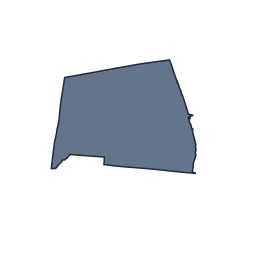 the district of Quilmes, Buenos Aires, Argentina, rotated 38°
{"feature_id": "61730980B6528535412911", "entity_name": "Quilmes", "entity_type": "district", "adm_level": 2, "iso_a3": "ARG", "parent_name": "Argentina", "parent_adm1": "Buenos Aires", "projection": "albers", "projection_center": [-58.244, -34.74], "detail": "fine", "context": "isolated", "style": "filled", "palette": "slate", "viewbox_px": 256, "rotation_deg": 38, "n_neighbors": 0, "source": "geoboundaries", "source_scale": "gbopen_adm2", "svg_char_len": 5240}
<svg xmlns="http://www.w3.org/2000/svg" viewBox="0 0 256 256"><g transform="rotate(38 128 128)"><path d="M209.0,122.4L208.9,122.2L208.5,122.2L208.2,122.2L207.9,122.2L207.7,122.2L207.3,122.6L207.2,122.7L206.8,122.7L206.0,123.0L205.9,122.9L205.6,122.7L205.4,122.5L205.2,122.3L205.1,122.1L205.1,121.9L204.9,121.7L204.7,121.3L204.7,121.0L204.4,120.5L204.3,120.1L204.1,119.8L203.9,119.6L203.8,119.4L203.6,119.2L203.5,118.9L203.5,118.6L203.3,118.3L203.2,118.1L203.0,117.9L202.8,117.8L202.6,117.7L202.4,117.5L202.1,117.2L201.9,116.8L201.6,116.3L201.5,116.0L201.3,115.7L201.1,115.5L201.0,115.2L200.8,114.7L200.8,114.4L200.7,114.3L200.7,114.0L200.6,113.8L200.4,113.5L200.4,113.4L200.4,113.2L200.2,113.0L200.2,112.7L200.1,112.4L199.9,112.0L199.8,111.6L199.6,111.2L199.5,110.9L199.4,110.5L199.3,110.2L199.2,109.9L199.0,109.5L198.7,108.9L198.6,108.6L198.6,108.4L198.5,108.1L198.4,107.9L198.4,107.7L198.2,107.5L197.9,107.2L197.6,107.1L197.4,107.0L197.1,106.9L196.7,106.5L196.3,106.2L196.2,105.7L196.1,105.4L196.0,105.2L195.8,105.1L195.6,104.8L195.5,104.3L195.4,104.1L195.3,103.9L195.2,103.8L195.3,103.7L195.1,103.4L194.9,103.2L194.7,103.0L194.4,102.7L194.0,102.4L193.9,102.2L193.7,102.1L193.5,101.9L193.2,101.6L192.9,101.5L192.6,101.2L192.5,100.8L192.4,100.6L192.0,100.2L191.9,99.9L191.9,99.7L191.5,99.1L191.3,99.0L191.1,98.8L190.9,98.8L190.7,98.6L190.4,98.4L190.3,98.2L190.1,98.1L189.6,97.8L189.3,97.5L189.1,97.3L188.9,97.2L188.6,96.9L188.4,96.9L188.3,96.7L188.2,96.6L187.6,96.3L187.3,96.1L187.2,95.9L187.1,95.7L186.8,95.6L186.6,95.5L186.4,95.3L186.3,95.1L186.0,94.8L185.8,94.7L185.6,94.7L185.3,94.5L185.0,94.3L184.6,93.9L184.3,93.7L184.2,93.4L183.9,93.2L183.7,93.2L183.1,92.7L182.8,92.5L182.4,92.2L181.8,91.7L181.4,91.3L181.3,91.2L181.1,91.0L180.9,90.9L180.7,90.8L180.6,90.7L180.4,90.5L180.3,90.4L180.2,90.3L180.1,90.2L180.3,89.9L180.3,89.6L180.1,89.4L179.8,89.0L179.6,88.8L179.2,88.8L178.9,89.0L178.5,89.1L178.3,89.0L176.6,87.7L176.4,87.5L175.5,86.8L175.3,86.7L175.2,86.4L174.9,86.4L174.7,86.3L173.4,85.8L173.0,85.7L172.8,85.7L172.6,85.6L172.4,85.5L172.2,85.4L172.2,85.1L172.2,84.8L172.1,84.6L172.0,84.4L171.6,84.1L171.4,84.0L171.1,83.9L171.0,83.7L170.9,83.8L170.6,83.8L170.5,83.7L170.4,83.6L170.2,83.7L170.0,83.3L170.0,83.2L170.6,83.2L170.8,83.0L170.9,82.9L171.0,82.6L170.9,82.4L170.8,81.9L170.7,81.8L170.6,81.6L170.4,81.8L170.2,82.1L169.9,82.3L169.7,82.5L169.6,82.8L169.1,82.0L169.2,81.8L169.6,81.2L169.8,80.9L170.0,80.7L170.0,80.4L170.2,80.1L170.4,79.7L170.8,78.9L171.1,78.6L171.3,78.4L171.3,78.1L171.2,78.0L170.9,78.2L170.6,78.2L170.0,78.4L169.7,78.6L169.5,78.8L169.2,78.9L168.9,79.0L168.7,79.2L168.6,79.3L168.4,79.4L168.0,79.4L167.8,79.5L167.7,79.5L167.5,79.8L167.4,80.0L167.2,80.0L165.8,79.0L161.4,75.9L154.2,71.0L153.9,70.8L150.9,68.8L150.7,69.1L150.2,68.8L150.0,68.6L149.8,68.4L149.7,68.5L149.5,68.4L149.3,68.2L149.1,68.0L148.6,67.6L148.3,67.3L148.1,67.1L147.9,66.8L147.3,66.5L147.1,66.5L146.8,66.3L146.2,66.0L146.0,65.8L145.8,65.7L145.6,65.5L145.4,65.4L145.1,65.3L144.9,65.3L144.5,65.0L144.3,65.0L144.2,65.0L144.0,64.9L143.8,64.8L143.4,64.3L143.1,64.3L143.0,64.2L142.9,64.0L142.7,64.0L142.5,63.9L142.4,63.8L142.2,63.8L142.0,63.6L141.9,63.3L141.8,63.0L141.5,62.9L141.3,62.9L141.2,62.9L140.9,62.7L140.7,62.6L140.6,62.4L140.3,62.3L140.1,62.2L139.9,62.0L139.7,61.9L139.4,61.9L139.2,61.9L139.0,62.1L138.9,62.2L138.7,62.2L138.8,61.9L139.0,61.7L138.8,61.5L138.7,61.4L138.5,61.2L138.2,61.1L137.7,61.0L137.3,61.0L137.2,60.8L137.2,60.6L136.8,60.4L136.7,60.4L136.4,60.2L136.2,59.9L135.9,59.7L135.6,59.5L135.4,59.4L134.9,59.2L134.5,59.0L134.3,58.8L134.1,58.6L133.8,58.4L133.6,58.3L133.3,58.1L132.7,57.7L132.3,57.4L131.9,57.2L131.5,57.0L131.3,56.9L131.0,56.8L130.7,56.6L130.4,56.5L130.3,56.4L130.1,56.2L129.9,55.9L129.5,55.6L129.2,55.4L128.8,55.3L128.6,55.2L128.4,55.0L128.3,54.9L128.2,54.8L128.0,54.7L127.8,54.5L127.5,54.4L127.3,54.3L127.1,54.1L126.8,53.9L126.4,53.7L126.2,53.4L125.7,53.0L125.5,52.9L125.3,52.8L125.1,52.7L124.9,52.5L124.6,52.3L123.8,51.7L123.4,51.6L123.2,51.5L122.9,51.3L122.5,50.9L122.1,50.8L121.7,50.5L121.5,50.4L120.5,49.7L119.8,49.4L119.5,49.3L119.2,49.1L119.0,48.9L118.8,48.8L118.6,49.0L100.1,68.0L95.6,72.8L73.4,97.6L71.4,99.9L61.3,111.3L51.5,122.2L47.0,127.2L49.9,132.3L55.1,141.8L57.8,146.8L58.2,147.4L59.5,149.7L61.6,153.0L68.7,164.2L72.0,170.6L72.0,171.0L73.5,173.9L74.0,174.8L74.4,175.5L75.0,176.2L75.7,177.9L78.8,184.4L86.6,197.4L92.5,207.2L94.5,205.8L94.7,205.5L94.9,205.3L95.1,205.1L95.3,204.9L95.5,204.7L95.7,204.2L95.8,203.8L95.8,203.6L96.1,203.0L96.1,202.7L96.0,202.4L95.8,202.1L95.8,201.8L95.8,201.4L96.0,201.0L96.1,200.5L95.9,200.1L95.9,199.6L96.0,199.1L96.1,198.5L96.1,198.0L96.1,197.7L96.4,196.7L96.5,196.3L96.6,195.7L96.4,195.2L96.2,194.6L96.1,194.3L96.1,193.9L96.2,193.5L96.5,193.3L96.7,193.1L96.9,193.0L97.1,192.8L97.5,192.4L97.7,192.1L97.8,191.8L97.9,191.5L97.9,191.0L98.0,190.6L98.1,190.0L98.2,189.7L98.3,189.5L98.5,189.3L98.6,188.8L98.6,188.2L98.5,187.8L98.5,187.4L98.6,187.1L98.6,186.7L98.5,186.3L98.5,185.9L98.6,185.6L98.6,185.3L98.6,184.9L98.6,184.6L110.2,176.9L123.9,167.7L127.2,165.5L130.1,169.4L131.6,171.7L133.6,170.3L138.1,167.7L142.9,164.8L150.0,160.2L163.4,151.3L171.4,146.1L179.3,141.1L194.6,131.6L208.1,122.9L208.7,122.6L209.0,122.4Z" fill="#64748b" stroke="#1e293b" stroke-width="1.5"/></g></svg>